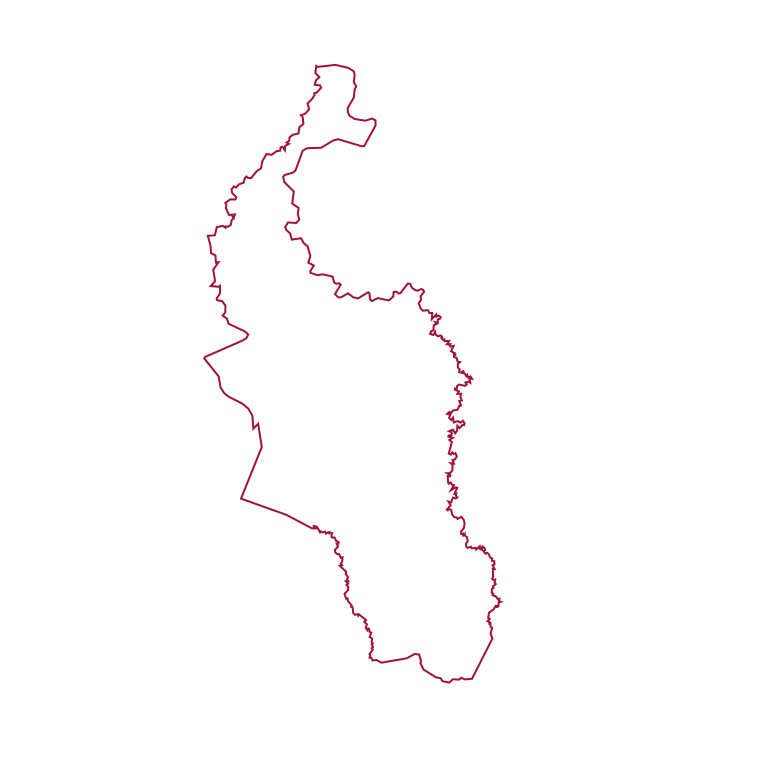 outline of Vinh Cuu, Đồng Nai, Vietnam, rotated 131°
{"feature_id": "81297802B24916871487669", "entity_name": "Vinh Cuu", "entity_type": "district", "adm_level": 2, "iso_a3": "VNM", "parent_name": "Vietnam", "parent_adm1": "Đồng Nai", "projection": "mercator", "projection_center": [107.042, 11.243], "detail": "fine", "context": "isolated", "style": "outline", "palette": "rose", "viewbox_px": 768, "rotation_deg": 131, "n_neighbors": 0, "source": "geoboundaries", "source_scale": "gbopen_adm2", "svg_char_len": 6166}
<svg xmlns="http://www.w3.org/2000/svg" viewBox="0 0 768 768"><g transform="rotate(131 384 384)"><path d="M217.4,555.0L194.4,560.0L190.6,563.3L191.5,567.2L197.5,570.8L203.2,580.0L204.1,586.2L202.6,589.5L199.6,592.4L187.7,594.7L180.6,599.6L177.7,600.1L176.0,604.9L170.1,608.8L167.8,611.9L168.9,618.4L175.0,630.0L188.2,642.1L188.4,643.8L194.4,639.7L194.8,634.1L199.4,634.6L203.6,632.7L200.6,628.1L201.7,625.8L208.4,626.0L210.2,627.4L211.5,626.0L215.9,625.3L222.4,625.8L225.8,620.7L231.6,620.8L235.7,623.0L235.8,620.6L240.6,615.4L245.5,616.4L251.0,612.9L255.7,616.3L259.8,617.1L262.7,615.1L265.7,615.9L265.1,613.3L269.2,614.8L272.6,612.2L271.5,616.2L273.3,617.3L275.9,615.4L278.9,617.9L284.7,619.1L287.5,623.5L295.4,622.1L302.0,618.3L306.9,619.7L315.8,619.4L317.9,622.1L317.6,623.9L319.6,624.2L324.4,622.0L328.2,624.4L332.7,624.5L333.3,626.8L337.1,626.8L339.4,624.1L339.9,618.0L341.1,617.5L342.4,617.3L345.4,621.1L351.4,622.6L352.0,620.6L354.8,618.9L358.1,611.9L353.8,607.8L356.3,606.8L357.0,607.9L357.6,606.1L360.0,606.6L364.5,604.0L367.8,605.0L368.8,606.8L370.0,606.1L370.5,609.5L375.3,613.1L382.7,609.2L387.8,614.2L393.1,606.1L398.8,600.3L397.5,595.6L402.6,590.5L400.6,588.8L409.8,587.9L417.2,578.9L423.8,579.0L419.2,572.7L417.5,572.3L422.8,567.4L429.4,566.3L430.2,564.8L427.6,560.5L429.0,554.9L433.9,550.9L438.2,550.6L437.7,545.5L440.5,540.8L435.6,523.5L435.7,519.0L439.8,517.9L444.5,519.5L481.0,536.8L482.6,536.5L486.8,513.6L493.7,505.3L495.7,498.7L495.5,492.9L491.8,478.1L491.6,470.4L494.2,462.6L503.4,453.3L496.6,452.9L511.7,434.9L564.3,416.7L546.8,371.8L540.2,343.5L538.6,342.4L537.2,343.9L535.9,341.3L536.1,340.3L537.7,340.7L536.3,339.1L537.9,335.0L536.8,335.3L536.5,333.4L534.1,331.6L535.0,329.7L532.4,328.8L532.7,327.4L531.4,327.6L530.6,325.1L533.0,324.3L534.0,322.5L532.3,320.6L533.7,317.3L533.1,314.3L534.5,313.6L535.5,315.0L537.0,312.0L541.4,312.2L543.0,310.2L543.1,307.6L541.9,306.3L543.5,302.5L542.0,301.6L545.7,298.9L547.9,298.7L548.2,296.9L550.2,298.1L550.5,289.5L552.5,288.2L553.4,284.4L556.0,283.6L556.3,281.6L557.9,283.3L558.2,280.0L560.2,280.5L560.8,277.6L563.2,275.9L568.2,276.2L570.9,271.7L569.7,270.9L571.4,268.9L572.5,262.7L573.7,262.7L573.4,260.7L576.9,257.2L577.3,254.7L575.2,253.0L575.8,251.5L574.3,251.8L574.0,242.6L576.4,242.9L576.6,239.2L580.0,237.9L580.7,235.0L578.9,235.5L578.6,234.6L580.5,232.4L580.0,230.6L584.4,228.8L583.8,225.9L586.6,224.3L587.1,222.2L588.8,222.4L589.5,219.8L591.4,220.0L591.7,218.3L597.5,217.6L597.8,216.3L600.0,215.4L599.0,214.0L600.2,211.3L597.3,208.7L596.0,203.1L576.1,186.9L567.6,183.7L565.1,180.0L568.7,174.4L570.7,173.4L573.6,166.8L571.3,152.4L568.9,148.3L569.9,145.0L566.6,138.9L561.6,138.3L557.9,133.4L555.2,133.1L553.9,129.2L548.7,124.2L504.9,135.2L502.6,139.7L497.0,142.5L497.3,144.3L494.6,146.8L495.7,147.3L494.5,148.5L495.1,150.2L491.9,150.1L492.2,151.9L487.6,154.8L482.5,153.4L479.8,153.9L478.2,152.5L477.9,153.7L476.4,152.0L473.7,154.1L471.8,153.0L472.5,154.8L470.4,156.0L471.7,156.7L470.9,160.5L472.2,163.4L470.6,164.0L470.8,165.9L467.8,168.1L466.1,167.6L465.3,169.0L461.7,168.4L461.4,170.2L458.6,171.8L460.2,173.1L460.1,174.6L457.8,175.3L452.2,180.6L451.1,179.0L449.6,183.1L447.9,182.2L445.4,184.5L446.6,186.7L444.7,187.9L445.2,190.0L443.6,193.8L443.8,195.6L445.6,196.1L444.8,199.5L443.2,198.8L442.0,200.0L441.8,202.7L445.0,201.6L445.6,204.0L443.7,203.9L443.3,205.3L448.5,205.9L447.6,207.5L450.5,210.0L449.8,211.7L452.9,213.4L452.9,214.9L450.9,217.4L447.7,217.6L445.1,221.1L445.3,223.7L444.2,224.7L446.2,224.8L445.0,226.1L446.5,227.2L445.1,229.0L440.1,229.3L436.0,232.0L434.0,235.1L433.5,238.6L437.6,239.9L437.0,241.4L438.4,243.6L437.7,247.3L435.0,250.5L435.8,253.4L437.5,253.0L437.5,254.2L431.7,254.2L430.5,258.3L429.1,255.7L424.5,257.4L423.3,254.7L421.4,254.2L421.1,256.7L419.2,257.6L420.6,258.8L414.3,260.6L414.8,262.0L420.2,263.8L414.4,264.9L415.4,266.7L414.6,269.1L416.8,269.8L416.0,271.3L411.7,275.5L410.3,273.5L409.3,274.1L409.9,277.8L407.9,275.7L404.4,275.8L400.2,278.9L400.0,281.6L398.2,279.0L396.5,282.4L394.3,280.9L390.8,281.6L389.3,284.7L391.1,285.4L390.8,287.7L393.5,287.3L394.0,289.5L383.3,294.7L383.4,298.0L379.5,296.8L381.5,300.9L380.4,301.4L378.4,299.4L376.0,301.2L376.9,303.9L373.2,302.0L374.5,297.9L371.0,298.4L367.4,301.2L367.7,298.0L363.8,298.0L362.4,296.6L360.7,297.6L360.0,300.3L363.0,300.9L363.6,304.0L367.2,306.1L364.1,309.8L367.2,309.6L366.7,312.7L363.7,313.9L365.2,316.6L362.2,316.4L362.1,314.1L359.0,314.7L355.1,311.6L351.1,312.9L349.7,311.7L347.5,316.0L345.4,314.5L343.8,317.7L340.8,319.5L343.3,322.2L340.4,322.7L341.8,326.7L340.9,327.5L339.6,326.1L337.7,327.5L335.1,326.9L332.2,321.6L330.0,321.3L329.5,323.5L326.7,321.5L326.4,319.7L323.9,323.2L322.3,321.0L321.5,323.9L324.0,325.2L322.6,327.3L324.0,327.2L323.2,330.0L324.1,332.0L321.5,332.2L325.4,333.9L325.7,335.3L323.3,336.5L323.2,338.9L320.6,341.4L317.7,341.1L318.8,343.1L316.7,346.4L317.7,348.7L315.9,350.4L315.3,349.3L314.2,350.2L315.3,354.9L309.6,356.5L312.1,358.3L312.1,359.7L310.4,360.0L312.7,362.6L308.8,363.1L312.0,366.5L310.7,367.8L312.0,368.5L311.7,370.9L310.3,370.9L310.1,373.0L312.6,374.6L312.8,377.6L311.2,379.5L314.6,379.0L316.0,382.0L313.0,383.1L311.1,381.8L307.1,385.0L304.0,383.7L303.7,385.8L302.6,383.6L300.0,385.8L297.7,384.5L296.3,385.1L296.6,387.7L298.8,388.7L297.3,390.2L303.6,390.5L298.8,394.2L300.6,396.2L299.5,399.5L303.1,402.6L303.1,405.5L300.3,410.8L296.4,411.1L293.7,413.9L288.0,414.3L287.3,416.2L287.9,418.2L291.5,419.9L292.7,422.0L293.0,426.1L291.2,429.9L292.5,431.9L304.8,431.2L306.0,432.2L306.2,435.4L308.2,437.1L311.8,434.4L317.7,435.1L323.3,445.1L329.4,447.6L329.1,450.3L325.1,454.4L325.2,456.2L336.6,459.8L338.7,464.1L339.2,470.6L346.9,473.4L348.6,475.2L348.3,480.0L337.5,481.8L337.3,483.6L339.7,486.0L340.1,488.2L336.7,493.3L341.6,502.5L345.4,505.3L348.3,512.2L347.4,513.6L340.6,514.7L342.1,520.7L335.7,523.6L330.2,532.0L330.4,536.8L328.4,542.2L335.5,548.3L331.9,553.7L331.9,558.4L330.6,561.4L325.1,562.5L320.1,555.9L315.6,555.8L312.3,560.6L307.2,563.8L308.0,571.7L297.9,578.3L297.0,591.7L294.0,595.9L291.7,596.2L284.5,591.6L281.1,590.8L261.3,598.4L256.6,596.8L246.9,586.4L233.8,582.2L229.4,579.3L219.2,556.8L217.4,555.0Z" fill="none" stroke="#9f1239" stroke-width="2"/></g></svg>